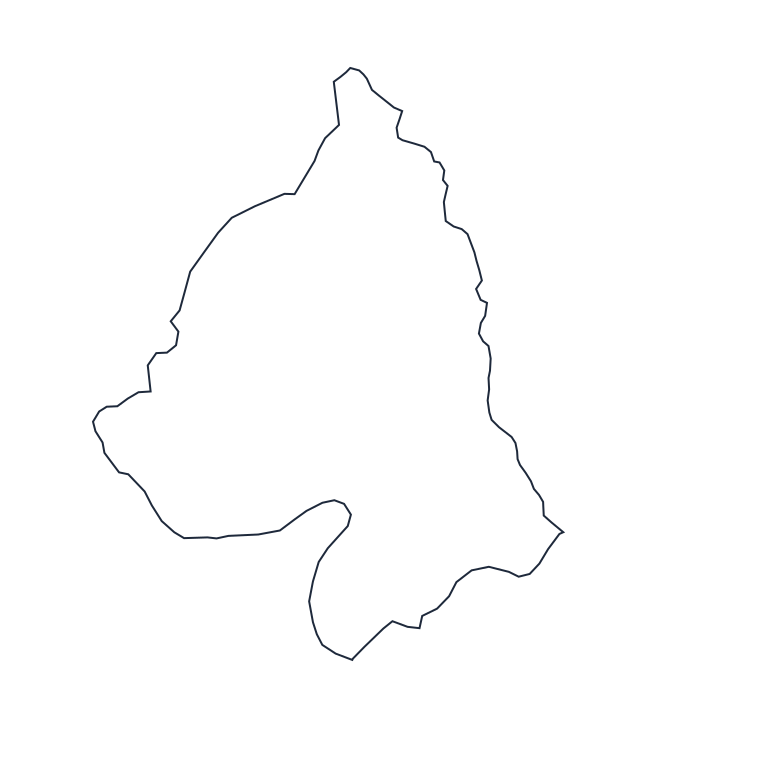 the district of Pasir Mas, Kelantan, Malaysia, rotated 121°
{"feature_id": "92858781B75737561234517", "entity_name": "Pasir Mas", "entity_type": "district", "adm_level": 2, "iso_a3": "MYS", "parent_name": "Malaysia", "parent_adm1": "Kelantan", "projection": "orthographic", "projection_center": [102.076, 6.021], "detail": "fine", "context": "isolated", "style": "outline", "palette": "slate", "viewbox_px": 768, "rotation_deg": 121, "n_neighbors": 0, "source": "geoboundaries", "source_scale": "gbopen_adm2", "svg_char_len": 1870}
<svg xmlns="http://www.w3.org/2000/svg" viewBox="0 0 768 768"><g transform="rotate(121 384 384)"><path d="M418.7,154.0L416.4,169.1L414.5,179.3L406.9,184.4L403.1,186.9L399.3,193.9L396.7,201.5L391.7,207.9L387.2,216.8L383.4,225.7L379.6,230.8L373.2,235.2L366.9,240.9L363.7,247.3L361.8,263.2L359.3,273.3L354.2,279.0L344.7,286.7L334.5,291.1L325.0,297.5L318.0,300.0L307.2,305.7L297.6,314.0L296.4,321.0L291.9,328.6L281.8,332.4L273.5,332.4L261.4,337.5L262.1,344.5L255.1,354.0L244.9,353.4L237.3,361.0L230.9,368.0L224.6,374.3L212.5,389.6L211.2,397.2L213.1,405.4L212.5,415.0L204.9,420.7L197.2,426.4L189.6,428.9L181.4,431.5L178.8,438.5L169.9,442.3L165.5,450.5L167.4,455.6L161.0,463.2L159.8,471.5L162.3,481.7L165.5,493.7L165.5,498.8L157.8,505.2L148.9,507.1L140.7,509.0L141.9,517.9L139.4,536.9L138.1,545.8L131.1,556.0L129.2,561.1L128.0,566.8L130.5,575.7L136.2,577.0L143.2,579.5L146.3,580.8L150.8,582.7L185.1,556.0L203.6,561.1L217.6,560.5L228.6,558.4L267.3,558.4L272.3,567.3L298.1,586.2L319.9,600.1L339.8,604.1L362.6,606.0L387.5,608.0L408.3,602.1L426.2,597.1L440.1,599.1L445.0,587.2L457.9,582.2L468.9,586.2L474.8,595.1L489.7,596.1L510.6,580.2L517.5,590.2L528.4,596.1L540.4,601.1L546.3,610.0L554.3,614.0L566.2,614.0L571.6,608.5L573.1,607.0L579.1,595.1L587.0,588.2L596.2,565.6L593.1,556.7L599.4,533.8L607.7,520.4L616.0,503.9L619.1,487.4L619.1,476.0L606.4,456.3L602.6,448.0L594.3,439.1L577.8,414.3L563.2,397.8L546.0,390.8L532.7,385.1L517.5,375.6L509.2,366.7L507.3,356.5L513.0,345.1L524.4,341.9L553.7,347.6L570.2,348.3L589.9,343.2L608.9,336.2L624.8,322.2L633.1,312.7L639.4,302.5L640.0,286.6L636.7,268.2L636.6,269.5L619.7,265.5L593.9,258.6L583.0,254.6L580.0,238.7L575.0,227.8L563.1,231.8L549.2,222.8L532.4,218.9L516.5,219.9L498.6,212.9L486.7,200.0L480.7,180.2L479.8,169.3L471.8,161.3L457.9,158.3L441.0,158.3L422.2,156.4L418.7,154.0Z" fill="none" stroke="#1e293b" stroke-width="2"/></g></svg>